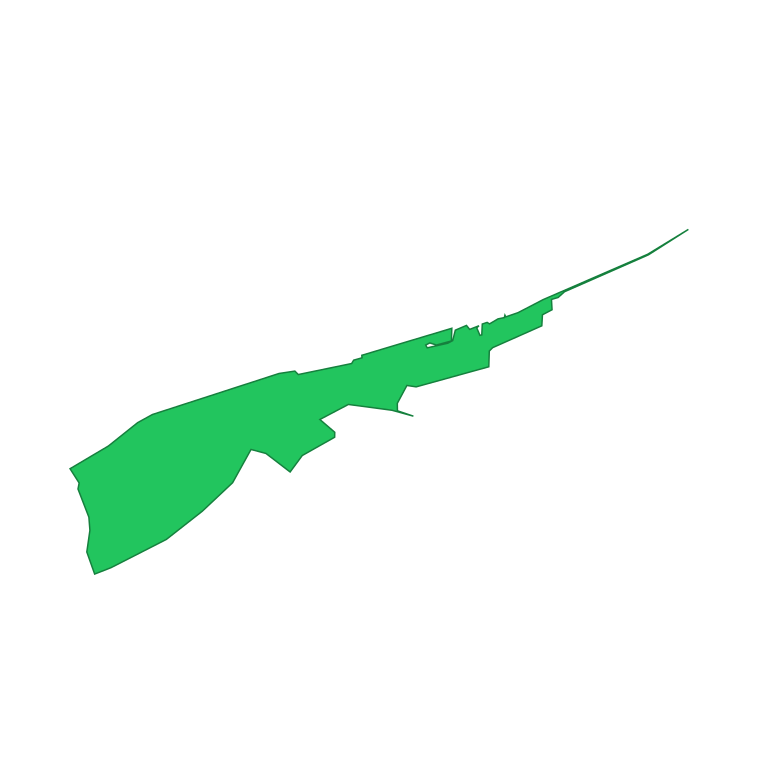 South East Inner City Lea-5, Dublin, Ireland (Equal Earth projection), rotated 337°
{"feature_id": "5873133B57887905689291", "entity_name": "South East Inner City Lea-5", "entity_type": "district", "adm_level": 2, "iso_a3": "IRL", "parent_name": "Ireland", "parent_adm1": "Dublin", "projection": "equal_earth", "projection_center": [-6.215, 53.339], "detail": "fine", "context": "isolated", "style": "filled", "palette": "green", "viewbox_px": 768, "rotation_deg": 337, "n_neighbors": 0, "source": "geoboundaries", "source_scale": "gbopen_adm2", "svg_char_len": 1039}
<svg xmlns="http://www.w3.org/2000/svg" viewBox="0 0 768 768"><g transform="rotate(337 384 384)"><path d="M307.0,337.3L291.5,333.3L158.9,321.6L142.2,323.3L106.0,333.4L61.9,339.3L64.7,356.0L61.3,361.1L60.3,391.3L56.1,403.8L44.8,422.5L43.4,445.9L60.9,446.4L104.9,443.3L123.0,442.0L167.0,430.1L206.1,415.7L236.0,392.3L248.2,401.8L263.2,428.3L280.8,417.9L317.8,413.7L319.8,409.2L311.1,391.6L343.2,388.9L381.1,411.3L398.5,425.1L385.9,413.9L388.7,407.0L404.5,394.3L412.5,399.2L487.2,409.1L493.8,394.8L498.2,393.0L552.0,392.1L556.9,382.2L567.7,381.3L571.2,371.6L578.1,372.4L586.2,369.6L678.0,368.4L724.6,360.6L677.4,367.6L563.4,368.5L535.3,370.7L522.3,369.8L522.2,367.9L520.7,369.9L514.4,368.6L504.6,369.9L503.0,367.6L497.9,367.2L493.2,377.0L491.3,376.7L491.3,368.5L494.2,367.5L484.2,367.2L482.8,362.3L470.7,362.3L464.2,370.9L458.6,371.4L437.9,367.6L437.6,364.4L442.2,364.1L447.5,368.6L462.9,370.7L468.2,359.2L374.8,348.9L374.0,351.3L365.4,350.2L362.2,352.5L308.8,341.8L307.0,337.3Z" fill="#22c55e" stroke="#15803d" stroke-width="1.5"/></g></svg>